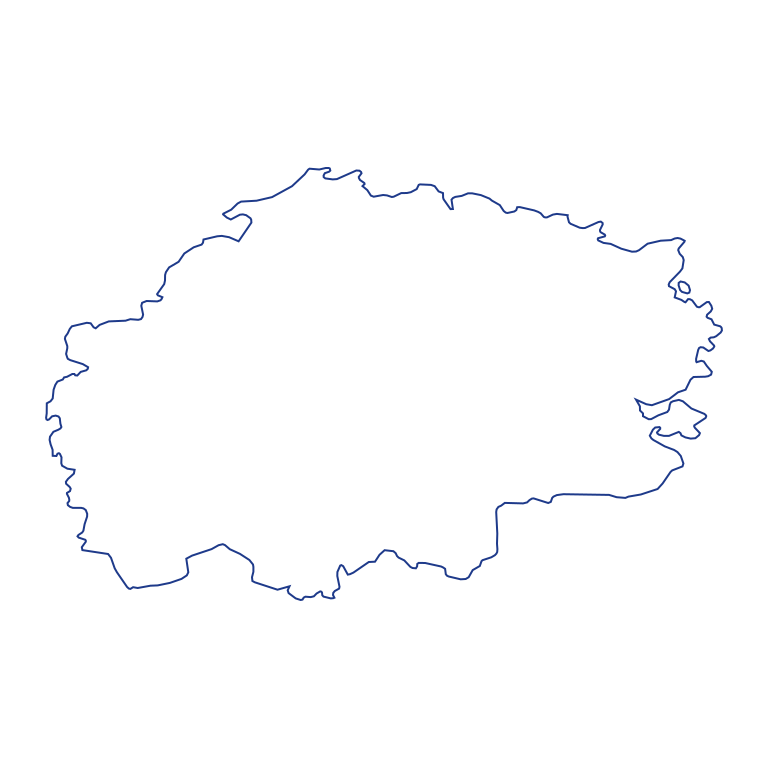 an SVG outline of Ryazan'
{"feature_id": "RUS-2374", "entity_name": "Ryazan'", "entity_type": "Region", "adm_level": 1, "iso_a3": "RUS", "parent_name": "Russia", "parent_adm1": "", "projection": "natural_earth1", "projection_center": [40.693, 54.337], "detail": "fine", "context": "isolated", "style": "outline", "palette": "blue", "viewbox_px": 768, "rotation_deg": 0, "n_neighbors": 0, "source": "natural_earth", "source_scale": "10m", "svg_char_len": 6034}
<svg xmlns="http://www.w3.org/2000/svg" viewBox="0 0 768 768"><path d="M277.5,589.7L254.8,582.3L252.4,581.0L252.0,577.2L253.4,571.8L253.4,566.9L253.0,564.5L249.4,560.0L240.0,553.9L229.8,549.2L225.0,545.1L222.8,544.2L218.6,545.2L211.6,549.1L192.1,555.6L186.3,558.7L188.3,572.3L186.8,575.4L181.5,578.9L169.9,582.9L157.7,585.4L150.5,585.7L137.7,588.0L133.1,587.2L130.4,588.9L128.9,588.6L127.1,587.0L116.9,572.2L114.7,568.3L111.0,557.8L108.1,554.0L82.4,550.1L81.8,547.2L85.8,541.7L85.8,540.6L85.3,539.8L78.7,537.6L77.5,536.3L78.4,535.0L82.2,532.5L83.4,530.7L84.6,524.2L87.1,516.6L87.2,513.8L85.8,510.1L83.5,508.4L81.3,507.9L72.9,507.9L70.1,506.9L67.9,505.2L67.5,503.1L69.2,501.0L69.3,499.7L68.9,497.7L66.9,493.8L67.0,492.9L70.0,491.1L70.7,488.7L69.8,487.1L66.1,483.7L65.9,481.8L68.0,478.9L73.9,473.6L74.6,469.8L67.4,468.7L62.1,465.7L61.3,463.3L61.5,457.3L59.9,453.9L58.9,453.2L57.5,453.7L56.4,456.0L52.7,455.8L52.6,449.8L50.6,444.3L49.6,439.9L50.0,436.7L53.4,431.8L58.4,429.7L60.5,428.4L61.4,427.0L60.4,423.7L59.8,418.3L58.5,416.5L55.7,415.6L52.1,416.3L49.1,419.4L47.6,420.0L46.5,419.4L46.1,417.8L46.7,413.4L46.8,403.3L50.5,401.3L52.7,398.5L53.6,389.7L55.3,384.9L57.4,381.6L62.8,379.5L64.1,377.4L67.0,376.8L72.3,374.0L74.4,374.0L75.2,375.3L77.3,375.5L80.7,371.9L86.3,370.3L87.8,368.8L88.1,367.2L82.8,364.1L70.2,360.1L67.8,358.8L67.2,357.4L66.1,353.9L67.3,348.2L67.3,346.1L64.9,338.9L65.3,336.7L67.7,333.4L69.8,328.9L71.9,326.3L86.8,322.8L90.7,323.3L93.6,327.3L95.7,328.3L99.6,324.9L108.8,321.4L125.5,320.7L130.3,319.2L138.2,319.8L141.0,319.1L142.5,317.0L143.1,314.6L141.3,305.8L142.1,302.8L146.6,301.0L157.3,301.4L160.5,300.3L161.6,299.0L162.4,297.2L157.8,295.3L157.1,294.1L164.2,284.1L165.0,280.5L165.1,275.0L165.9,272.2L169.1,267.4L178.6,261.8L184.3,253.5L193.7,247.3L201.6,244.6L203.0,242.7L203.5,239.5L217.2,236.3L221.8,235.9L229.1,237.2L238.6,241.3L251.4,222.6L251.2,219.7L250.5,218.3L246.2,215.2L242.9,214.4L239.9,214.7L230.8,219.5L226.9,217.6L223.1,214.4L223.3,213.7L231.2,209.7L237.6,203.5L241.1,201.6L256.6,200.7L272.1,197.1L292.0,186.2L304.6,174.4L308.1,169.7L309.5,168.7L319.3,169.5L325.7,168.0L328.8,168.0L329.8,168.5L330.3,170.6L329.1,171.7L324.8,173.2L323.6,175.5L323.7,177.1L325.3,178.4L332.7,179.4L336.9,179.1L356.3,170.5L359.5,170.7L361.1,172.0L361.5,173.3L358.8,176.9L358.9,178.0L360.0,180.0L364.3,183.0L364.6,184.0L362.5,186.1L367.3,190.1L370.9,195.6L373.7,196.7L383.1,195.0L387.0,195.4L391.8,197.0L393.7,196.7L401.2,193.1L407.0,193.0L410.8,192.2L416.7,189.1L418.7,184.9L420.0,184.4L431.0,184.9L434.7,186.2L438.6,191.4L443.0,193.1L443.1,197.6L443.6,199.3L450.5,209.1L452.9,209.0L451.5,199.7L453.0,198.0L455.3,196.9L461.7,195.9L468.1,193.3L472.0,193.3L480.9,195.1L489.5,198.6L491.9,200.6L499.8,205.1L503.7,211.0L505.7,212.6L507.4,213.0L514.3,211.5L516.3,210.1L517.2,207.2L519.8,207.1L534.2,210.4L538.2,211.9L540.7,213.3L543.8,216.9L545.1,217.4L546.9,217.4L552.9,214.6L556.9,213.9L567.7,215.2L567.5,216.6L569.0,222.3L570.6,223.8L579.7,227.7L582.7,228.1L585.0,228.0L598.5,222.0L600.8,221.6L602.6,223.0L602.7,224.4L600.0,229.9L600.0,231.0L600.6,232.2L604.8,234.6L605.2,235.6L604.8,236.4L598.1,238.2L597.7,239.1L598.2,240.4L603.5,242.9L610.7,243.9L621.3,248.7L632.0,251.7L636.1,251.5L639.0,250.2L647.6,243.7L660.7,240.7L671.1,240.1L674.7,238.5L677.6,238.0L680.5,238.6L684.7,240.8L684.4,241.8L678.7,248.5L678.2,250.1L679.7,253.8L682.8,257.1L683.7,260.1L682.4,268.4L680.0,271.6L669.7,282.2L668.7,284.5L669.0,286.2L674.7,289.2L676.0,291.3L674.7,297.4L681.4,299.9L684.5,302.0L685.5,302.3L688.1,299.1L689.9,299.2L692.2,300.4L696.9,306.7L698.4,307.2L699.7,307.2L706.8,302.1L708.9,302.0L711.3,305.7L712.2,308.8L710.8,311.4L707.1,314.7L706.6,316.7L707.6,317.8L711.5,319.3L714.2,324.6L720.2,326.3L721.1,327.1L721.7,328.1L721.9,330.5L720.7,332.5L716.2,336.2L713.8,337.3L710.6,337.6L708.9,339.0L710.0,341.3L714.1,345.6L714.3,346.5L713.0,348.5L710.4,350.4L708.4,351.0L703.3,347.5L700.6,347.2L699.1,348.0L698.2,349.9L696.1,358.9L696.2,361.5L696.6,362.2L701.3,360.8L703.8,361.5L706.8,365.9L711.8,371.8L711.1,374.6L708.2,376.2L705.2,376.7L693.5,377.0L690.5,379.7L685.6,389.7L678.0,392.3L669.1,399.1L651.9,405.2L646.2,404.2L636.0,399.6L639.9,406.3L640.0,410.5L643.0,413.4L643.0,416.2L648.7,419.2L651.2,419.1L658.4,415.3L667.3,412.0L669.0,409.6L669.8,404.7L670.8,402.4L673.1,401.2L678.9,399.9L682.9,401.3L691.4,408.5L704.4,413.9L706.1,415.5L706.2,416.5L705.5,418.0L694.3,425.4L694.2,426.5L694.9,427.8L699.9,433.1L699.1,435.1L695.4,438.2L690.7,438.6L685.4,437.4L681.4,435.4L680.5,433.2L678.8,431.9L668.9,435.9L664.0,435.9L659.0,434.7L657.4,433.5L657.0,432.4L660.2,428.9L660.2,427.8L659.5,427.1L655.2,427.5L652.9,429.7L649.8,435.7L651.4,438.4L653.4,440.0L664.8,446.4L674.2,450.0L677.5,452.1L680.8,456.0L683.4,463.5L682.5,466.4L672.2,470.4L670.5,472.0L662.6,483.5L657.6,489.0L640.8,494.5L628.5,496.6L625.4,497.9L616.6,497.2L609.1,494.9L563.4,494.2L556.8,495.1L553.5,496.6L552.2,497.9L550.8,501.9L548.2,503.0L533.6,498.4L531.9,498.6L529.5,500.1L527.1,502.4L523.1,503.4L504.8,502.9L501.1,505.7L498.4,506.9L496.6,509.4L496.2,512.0L497.3,533.6L497.0,543.7L497.4,549.2L497.2,552.0L496.4,553.6L494.9,555.2L491.3,557.3L482.5,560.2L481.5,561.2L479.8,566.0L472.7,570.1L468.7,577.2L465.7,579.0L460.6,579.3L448.7,576.5L447.0,575.7L445.8,574.2L445.1,568.8L443.0,567.4L441.1,566.5L425.2,563.0L418.7,562.9L417.3,563.9L417.1,566.4L415.9,568.3L412.5,568.0L410.4,566.9L404.3,560.4L398.6,557.6L397.0,556.0L395.7,553.2L393.4,551.2L384.6,550.2L379.5,554.8L375.0,561.7L368.8,562.0L353.4,572.6L349.9,574.2L347.8,574.6L343.2,566.2L341.3,565.1L340.2,565.6L337.4,572.0L337.3,576.0L339.5,586.8L339.1,588.6L334.8,591.0L333.3,592.8L333.0,595.0L334.4,597.7L333.2,598.2L330.8,598.4L323.5,596.6L322.3,595.3L322.0,592.6L321.4,591.7L320.2,591.4L316.6,593.5L313.9,596.3L310.7,597.1L305.4,596.7L303.7,597.6L302.5,599.6L300.7,600.0L295.7,598.4L288.6,593.1L287.7,590.3L289.5,586.3L277.5,589.7ZM680.6,281.5L684.7,282.4L688.6,285.6L690.0,290.1L689.3,292.6L687.3,293.4L682.0,291.9L680.1,290.0L678.6,285.3L678.7,282.9L680.6,281.5Z" fill="none" stroke="#1e3a8a" stroke-width="2"/></svg>